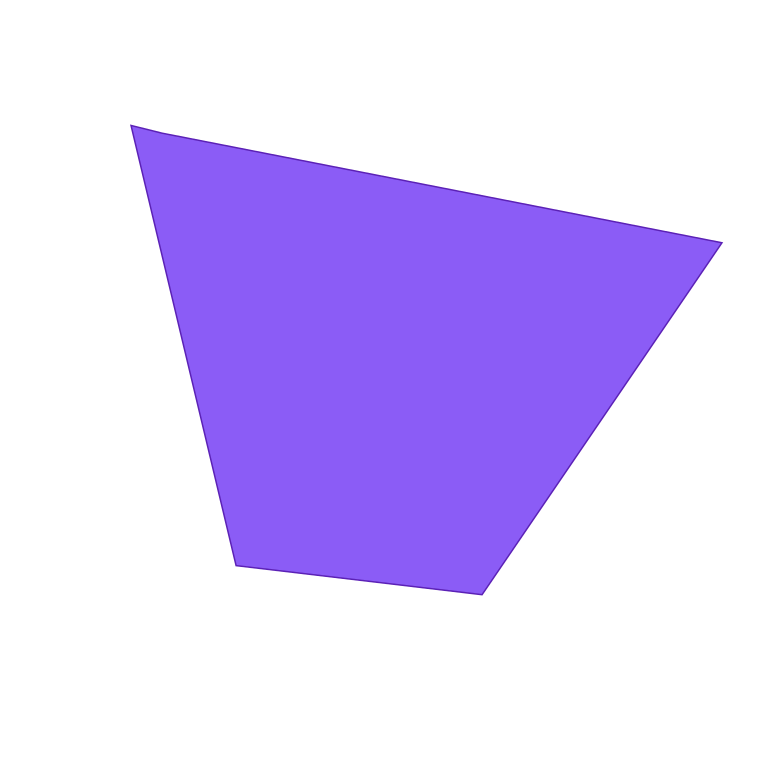 Saint Luke, Mercator projection, rotated 102°
{"feature_id": "DMA-1437", "entity_name": "Saint Luke", "entity_type": "Parish", "adm_level": 1, "iso_a3": "DMA", "parent_name": "Dominica", "parent_adm1": "", "projection": "mercator", "projection_center": [-61.367, 15.248], "detail": "fine", "context": "isolated", "style": "filled", "palette": "violet", "viewbox_px": 768, "rotation_deg": 102, "n_neighbors": 0, "source": "natural_earth", "source_scale": "10m", "svg_char_len": 242}
<svg xmlns="http://www.w3.org/2000/svg" viewBox="0 0 768 768"><g transform="rotate(102 384 384)"><path d="M184.8,653.3L175.6,82.8L569.7,244.3L592.4,490.9L183.7,685.2L184.8,653.3Z" fill="#8b5cf6" stroke="#5b21b6" stroke-width="1.5"/></g></svg>